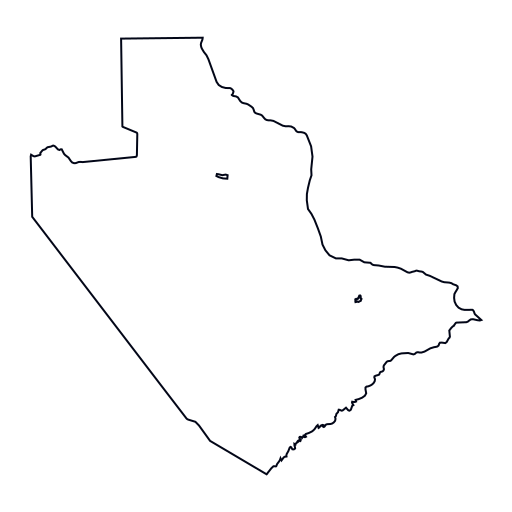 Central, Albers equal-area conic projection
{"feature_id": "BWA-2630", "entity_name": "Central", "entity_type": "District", "adm_level": 1, "iso_a3": "BWA", "parent_name": "Botswana", "parent_adm1": "", "projection": "albers", "projection_center": [27.183, -21.474], "detail": "fine", "context": "isolated", "style": "outline", "palette": "ink", "viewbox_px": 512, "rotation_deg": 0, "n_neighbors": 0, "source": "natural_earth", "source_scale": "10m", "svg_char_len": 5254}
<svg xmlns="http://www.w3.org/2000/svg" viewBox="0 0 512 512"><path d="M202.7,37.7L202.7,37.8L202.4,39.6L201.1,42.9L200.8,44.7L201.2,46.9L201.8,48.5L203.9,52.0L206.5,55.3L208.4,59.2L216.6,81.9L218.7,85.0L221.9,87.0L225.7,88.0L230.1,88.1L231.0,88.5L231.8,89.1L232.5,89.8L233.3,90.9L233.5,91.6L232.9,93.5L232.4,94.6L231.8,94.9L231.8,95.0L232.8,95.7L233.5,96.0L236.0,96.4L237.9,97.4L240.2,101.0L241.8,102.5L243.3,103.1L246.6,103.8L248.2,104.5L251.5,106.7L253.0,108.1L253.7,109.8L254.3,111.8L255.4,113.0L256.9,113.6L260.7,114.7L261.9,115.4L262.2,115.7L262.8,116.4L264.0,117.9L265.3,119.3L266.7,120.0L268.3,120.3L270.3,120.3L273.4,120.9L282.8,125.7L285.8,126.3L288.5,126.2L291.2,126.5L294.0,128.0L294.8,128.9L296.2,131.0L297.1,131.7L298.1,132.1L298.9,132.1L299.8,132.1L300.8,132.1L302.5,132.4L304.3,132.9L305.7,133.8L306.8,135.4L311.1,146.3L312.5,156.6L311.2,169.4L311.5,175.3L309.8,180.3L308.0,187.8L306.9,194.0L306.8,200.3L308.0,209.0L311.5,214.0L314.4,219.6L317.9,228.4L320.8,236.5L322.5,244.6L325.4,250.3L329.5,255.3L335.9,258.4L341.7,258.4L348.7,260.3L353.9,259.7L359.7,259.7L364.3,262.3L370.5,262.8L371.5,263.9L372.6,264.7L373.9,265.1L378.7,265.5L384.8,266.7L394.6,267.0L397.6,267.6L400.9,268.7L407.5,272.3L409.3,272.7L410.7,272.4L412.0,271.9L414.9,271.2L415.7,270.8L416.7,270.6L419.3,271.3L421.7,271.6L422.9,272.0L426.0,274.6L429.7,275.8L441.7,281.5L444.2,282.2L449.2,282.6L451.5,283.2L453.0,284.2L456.2,285.3L457.6,286.4L457.8,288.1L456.7,290.1L455.4,292.2L454.4,294.1L454.1,297.9L454.6,301.6L456.2,305.0L458.6,307.7L461.6,309.3L464.6,309.9L472.4,309.8L472.8,310.0L473.6,311.0L474.0,311.8L474.6,313.6L475.1,314.4L481.3,320.0L479.8,320.5L477.4,320.2L473.0,319.2L470.8,319.4L469.2,320.5L467.9,321.6L466.4,322.2L456.5,322.6L455.8,322.9L454.1,325.2L454.1,325.6L452.8,326.4L451.2,328.0L449.3,330.5L449.9,336.7L449.5,337.7L448.7,338.4L446.7,342.0L445.3,343.1L441.8,342.6L439.9,342.7L439.1,343.9L438.6,345.5L437.4,346.5L435.8,346.9L434.0,347.2L430.4,348.3L424.5,351.6L421.6,352.5L419.5,352.5L417.9,352.2L416.4,352.5L414.7,354.0L413.4,354.4L408.2,353.0L401.5,353.4L398.4,354.2L395.4,355.9L394.1,356.9L391.1,360.4L390.3,360.9L388.4,361.1L387.5,361.3L386.7,361.8L384.1,365.1L383.7,365.9L383.5,367.0L383.7,368.1L383.9,368.8L383.9,369.5L383.3,370.7L382.6,371.3L381.7,371.7L380.9,371.8L380.2,372.2L379.9,372.7L379.4,374.1L379.1,374.6L377.9,375.1L376.0,375.6L374.5,376.3L374.3,377.3L375.0,379.2L374.7,381.2L373.7,382.9L372.4,384.2L371.3,385.0L369.7,385.8L368.0,386.4L366.5,386.6L365.5,387.5L365.5,389.5L366.2,393.3L364.9,395.7L362.1,397.7L358.7,399.1L355.6,399.9L356.1,401.5L354.8,402.0L353.1,401.9L352.2,401.7L352.0,402.4L352.2,403.1L352.6,403.7L352.7,404.1L352.9,404.4L353.2,404.7L353.4,405.1L353.0,405.3L352.9,405.4L352.3,405.9L352.2,405.9L351.0,409.3L350.5,410.1L349.3,410.7L348.2,410.2L346.0,407.7L342.8,410.3L341.8,410.7L340.7,410.3L339.6,409.8L338.7,409.7L338.0,412.2L336.4,413.9L336.1,415.2L336.0,415.7L335.8,416.2L335.5,416.6L335.2,416.8L335.0,417.0L335.2,417.6L335.4,418.3L335.5,418.9L335.1,420.8L333.8,422.4L332.2,423.5L330.5,424.0L327.1,424.2L326.0,424.6L325.3,425.4L324.6,426.5L323.8,427.0L322.7,426.4L323.3,425.1L322.6,424.9L321.4,425.3L320.5,425.8L320.2,426.3L319.4,427.4L318.6,427.9L317.7,425.1L316.6,426.1L314.6,429.1L313.3,430.4L311.9,431.5L308.8,433.0L305.8,434.0L304.9,435.0L306.0,436.7L305.2,437.1L304.5,437.1L303.8,436.8L303.3,436.1L303.1,436.6L302.5,437.3L302.1,437.9L301.4,437.1L300.5,436.8L299.7,436.9L299.3,437.6L299.7,438.7L300.4,439.3L300.8,439.8L300.4,440.9L299.4,440.3L298.6,440.4L297.8,441.0L297.1,442.1L297.7,442.1L296.2,443.2L295.7,443.7L295.5,444.5L294.9,444.2L294.4,443.9L294.5,445.7L295.0,447.2L295.1,448.5L293.8,449.4L292.4,449.3L291.8,448.4L291.3,447.3L290.5,446.9L289.7,447.6L288.3,451.2L286.7,454.0L286.3,455.7L286.5,456.5L286.1,456.6L284.5,456.8L283.5,457.7L281.6,460.3L281.4,459.8L280.7,458.9L280.5,458.4L279.9,460.1L279.1,461.4L277.2,463.9L276.9,464.5L276.4,465.9L276.1,466.3L275.5,466.4L274.0,466.2L273.4,466.3L271.3,468.3L267.6,473.0L267.2,473.7L266.9,474.0L266.6,474.3L210.1,440.9L199.0,425.5L195.4,421.8L188.2,419.6L187.2,419.1L186.5,418.5L162.4,387.1L32.2,216.8L30.7,156.4L31.1,154.7L33.2,156.0L34.3,156.4L35.2,156.3L40.3,154.8L40.5,154.3L40.4,153.8L40.3,153.3L40.3,153.0L42.2,150.7L42.8,150.1L43.6,149.8L44.6,149.5L45.5,149.1L46.9,147.7L47.7,147.2L50.9,146.6L52.0,146.1L52.7,145.7L53.5,145.6L54.8,146.2L55.7,147.0L57.9,149.4L59.5,150.0L60.7,149.3L61.7,149.3L64.0,153.8L65.2,155.1L68.5,157.6L70.8,161.0L72.2,162.5L74.1,163.2L75.8,163.1L78.7,162.0L80.5,161.9L81.7,162.0L82.6,162.1L135.5,156.9L136.4,156.6L136.8,155.7L136.9,154.7L137.3,134.1L137.1,133.1L136.6,132.6L122.9,126.9L122.7,126.8L122.4,126.5L121.1,38.6L121.9,38.6L202.6,37.7L202.7,37.7ZM222.5,175.2L218.3,174.2L216.9,174.0L216.4,176.0L218.6,177.1L223.0,178.4L227.3,178.7L227.6,175.2L225.7,174.6L223.8,174.9L222.5,175.2ZM358.2,302.0L358.9,301.8L359.6,301.3L360.7,300.9L361.0,300.1L361.1,299.3L361.5,298.9L361.3,298.6L360.5,298.1L360.7,297.2L360.7,296.6L360.5,295.7L360.1,295.4L359.3,295.6L358.9,296.5L358.8,297.1L358.2,297.8L358.2,298.6L357.3,299.0L356.8,299.1L356.2,298.8L355.3,299.3L355.3,299.7L355.5,300.0L355.6,300.4L355.3,301.0L355.4,301.6L355.5,302.1L356.4,301.9L357.1,301.4L357.7,301.5L358.2,302.0Z" fill="none" stroke="#020617" stroke-width="2"/></svg>